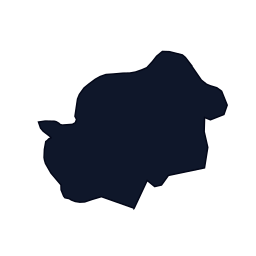 outline of Flevoland, rotated 201°
{"feature_id": "NLD-902", "entity_name": "Flevoland", "entity_type": "Province", "adm_level": 1, "iso_a3": "NLD", "parent_name": "Netherlands", "parent_adm1": "", "projection": "albers", "projection_center": [5.642, 52.551], "detail": "fine", "context": "isolated", "style": "filled", "palette": "ink", "viewbox_px": 256, "rotation_deg": 201, "n_neighbors": 0, "source": "natural_earth", "source_scale": "10m", "svg_char_len": 1063}
<svg xmlns="http://www.w3.org/2000/svg" viewBox="0 0 256 256"><g transform="rotate(201 128 128)"><path d="M161.9,40.3L163.7,41.4L168.3,46.3L170.2,50.9L183.7,58.3L192.3,65.3L194.5,68.2L195.8,70.4L198.4,78.1L199.9,85.9L198.8,87.6L198.1,89.4L196.8,90.7L196.4,91.2L196.9,91.7L198.5,92.4L206.0,94.6L209.6,96.6L213.7,101.5L207.8,104.8L198.9,108.0L197.1,108.1L194.1,107.6L193.1,107.0L190.6,107.1L181.2,111.5L179.1,114.0L179.1,117.6L181.7,119.9L185.5,137.0L185.4,142.0L183.4,149.6L180.2,155.2L176.0,161.8L172.4,166.1L167.8,170.0L160.7,173.3L152.5,177.3L146.1,179.9L141.1,182.9L136.0,187.2L132.0,191.1L129.0,198.7L127.0,205.3L123.3,211.8L116.7,214.1L103.4,215.7L100.2,214.6L99.7,214.4L92.2,209.8L92.5,209.8L76.7,199.0L70.4,197.0L66.4,196.9L59.5,197.4L53.8,195.9L43.6,184.9L43.3,175.0L54.0,165.2L60.3,165.3L55.6,151.9L46.6,138.5L42.3,118.2L73.3,98.2L76.3,86.8L82.1,82.9L91.3,85.9L93.5,55.3L93.6,55.0L93.8,55.3L128.2,54.4L136.0,48.4L141.9,43.5L146.4,41.5L150.9,40.5L155.1,40.5L157.6,41.0L158.1,40.9L161.9,40.3Z" fill="#0f172a" stroke="#020617" stroke-width="1.5"/></g></svg>